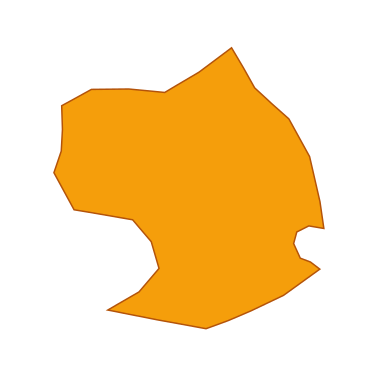 map outline of Şuşa (Natural Earth projection), rotated 68°
{"feature_id": "AZE-1737", "entity_name": "Şuşa", "entity_type": "District", "adm_level": 1, "iso_a3": "AZE", "parent_name": "Azerbaijan", "parent_adm1": "", "projection": "natural_earth1", "projection_center": [46.665, 39.686], "detail": "fine", "context": "isolated", "style": "filled", "palette": "amber", "viewbox_px": 384, "rotation_deg": 68, "n_neighbors": 0, "source": "natural_earth", "source_scale": "10m", "svg_char_len": 654}
<svg xmlns="http://www.w3.org/2000/svg" viewBox="0 0 384 384"><g transform="rotate(68 192 192)"><path d="M203.2,69.7L249.0,77.0L275.2,83.4L267.2,96.4L268.3,109.8L277.9,117.1L293.9,116.4L301.3,108.4L311.4,102.4L322.1,145.8L324.3,181.9L324.8,206.6L324.0,230.2L297.3,272.4L278.9,300.6L274.9,306.6L269.9,314.3L268.2,302.7L264.8,278.6L250.5,251.2L222.8,248.4L195.4,257.5L195.3,257.8L171.5,296.2L164.3,308.0L122.4,312.8L105.1,297.9L85.5,288.7L63.2,280.5L59.2,246.8L72.8,212.1L84.0,190.5L89.5,180.0L87.2,165.3L83.5,140.6L73.1,101.3L96.1,97.8L100.8,97.2L118.9,94.9L139.9,85.0L160.5,74.8L203.2,69.7Z" fill="#f59e0b" stroke="#b45309" stroke-width="1.5"/></g></svg>